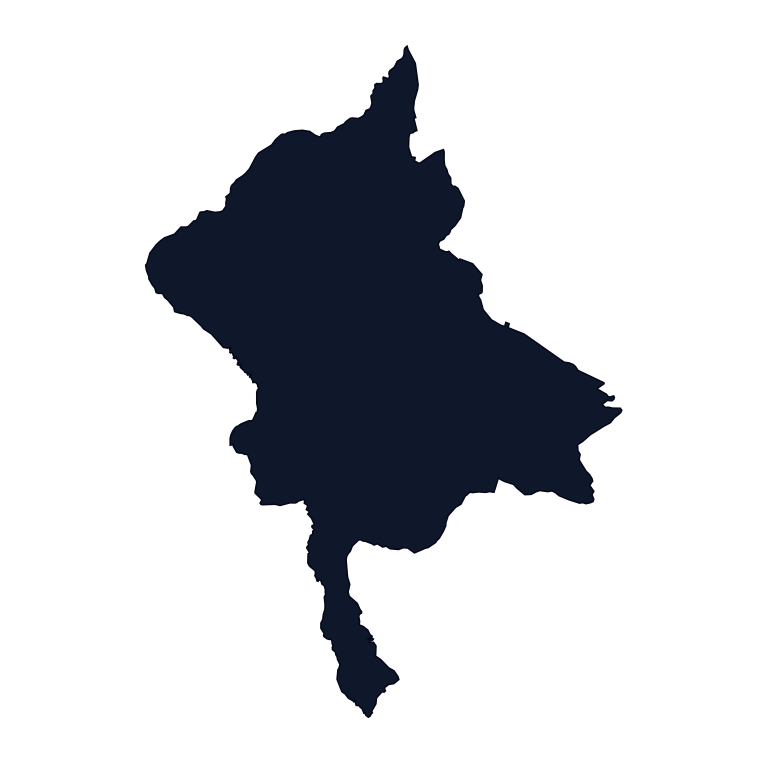 outline of Moreni, Dâmbovita, Romania, rotated 238°
{"feature_id": "2599482B38559209444692", "entity_name": "Moreni", "entity_type": "district", "adm_level": 2, "iso_a3": "ROU", "parent_name": "Romania", "parent_adm1": "Dâmbovita", "projection": "robinson", "projection_center": [25.624, 44.986], "detail": "fine", "context": "isolated", "style": "filled", "palette": "ink", "viewbox_px": 768, "rotation_deg": 238, "n_neighbors": 0, "source": "geoboundaries", "source_scale": "gbopen_adm2", "svg_char_len": 6171}
<svg xmlns="http://www.w3.org/2000/svg" viewBox="0 0 768 768"><g transform="rotate(238 384 384)"><path d="M658.3,582.6L658.0,580.2L656.8,578.4L652.9,575.6L651.2,573.6L650.5,571.6L650.7,566.2L647.2,560.7L646.7,555.3L646.0,553.8L644.6,552.6L642.2,551.8L640.7,550.2L641.0,549.2L644.6,546.2L644.1,545.3L641.1,544.0L639.9,542.4L640.2,540.8L642.8,536.8L642.6,534.8L639.6,533.1L638.5,530.2L635.7,528.5L635.5,526.2L635.0,525.4L628.6,522.7L626.1,520.0L624.8,517.7L625.5,513.8L622.8,509.7L622.4,507.5L622.7,503.0L626.3,498.2L627.2,496.2L626.7,490.6L625.8,488.1L626.5,480.7L624.9,477.0L624.7,475.0L625.5,471.8L628.1,466.8L628.7,464.6L628.5,462.8L627.5,461.4L627.5,460.4L631.3,457.5L637.6,454.8L642.5,449.1L646.1,442.2L648.2,435.6L648.2,432.4L649.7,430.4L649.9,428.4L648.7,421.6L646.2,415.3L646.3,400.0L644.5,395.6L637.8,384.0L636.0,378.2L635.4,374.2L635.3,366.8L634.1,364.5L633.1,360.0L631.5,357.8L627.7,355.2L627.0,354.0L626.6,349.2L623.8,348.2L621.5,345.9L618.6,344.3L616.3,339.0L616.8,336.3L619.2,331.5L624.9,325.5L625.3,322.7L626.8,320.1L627.0,318.8L622.4,312.1L622.3,311.1L623.1,308.9L621.3,301.5L622.0,299.2L624.7,295.0L622.1,285.8L624.3,275.2L623.9,270.0L622.8,264.6L619.1,254.9L611.7,246.7L611.1,244.8L606.0,242.7L599.8,241.5L597.7,240.3L590.9,240.0L586.7,240.5L582.4,239.2L580.6,240.4L578.2,244.1L573.6,243.8L569.9,245.1L560.6,246.4L556.3,244.8L551.8,248.8L549.7,251.4L546.2,253.8L545.2,255.3L542.6,256.6L530.1,259.8L526.4,260.2L518.1,264.1L500.1,267.2L497.2,270.5L496.7,272.9L495.9,273.1L495.4,271.4L493.6,271.1L492.5,270.0L491.6,270.3L491.1,271.7L490.4,272.1L488.4,271.3L486.2,271.4L486.4,270.4L485.6,270.0L484.8,270.6L484.7,272.8L483.7,272.4L480.9,272.7L478.2,269.9L477.3,270.3L476.0,272.6L475.3,271.5L474.1,271.0L469.6,272.3L467.7,272.2L466.2,273.5L464.0,273.1L463.6,273.9L464.0,274.8L463.2,276.2L462.2,276.1L461.8,275.6L462.3,274.4L461.1,273.7L460.1,274.6L456.6,274.4L454.7,273.6L453.5,275.9L450.6,276.5L448.8,275.6L447.0,275.7L445.6,272.9L444.3,271.6L435.0,265.8L430.1,263.9L427.2,261.6L427.6,260.5L422.9,253.6L423.1,251.9L424.5,249.9L425.9,241.6L425.7,237.4L426.1,236.3L425.7,234.2L424.2,230.6L421.9,227.2L419.3,224.6L413.6,221.1L412.7,224.0L411.2,223.2L404.2,222.9L402.5,224.2L400.4,227.1L398.2,228.5L396.5,230.9L385.3,228.6L380.3,224.6L378.0,224.1L376.8,224.6L369.8,224.7L368.2,224.1L360.9,217.5L359.7,216.9L351.1,219.0L350.1,218.5L348.6,215.8L347.4,215.8L346.2,216.6L339.7,227.9L336.1,231.4L333.0,241.3L330.0,246.0L329.8,247.7L330.1,249.3L328.7,254.9L326.6,254.5L325.0,253.2L322.3,254.7L320.6,254.2L318.6,251.5L315.5,253.1L314.9,252.7L314.1,250.4L308.7,251.4L302.0,250.5L301.5,249.9L302.1,248.1L301.6,247.4L300.4,247.0L297.3,247.7L297.0,245.7L294.5,244.0L294.5,241.3L291.6,238.3L289.9,235.5L287.4,234.7L286.6,232.2L285.8,231.6L280.9,231.5L280.3,231.0L280.2,229.6L272.5,224.5L269.1,224.3L262.1,226.6L259.7,225.5L258.0,223.7L255.6,223.8L252.4,222.8L251.6,223.6L253.1,224.8L250.3,226.3L247.4,225.3L244.4,226.4L240.2,225.1L239.0,224.0L236.6,223.0L234.9,220.4L228.1,217.1L224.0,214.3L221.1,210.8L216.7,207.2L214.7,203.8L210.2,201.0L204.2,201.0L203.1,199.7L201.7,199.2L198.2,200.6L196.2,202.4L195.9,203.6L194.0,203.8L191.1,202.4L189.1,202.1L188.0,200.5L185.9,199.5L182.6,200.7L179.4,199.6L177.5,199.7L175.4,198.7L169.4,198.0L166.5,194.7L166.1,193.5L158.5,187.7L146.4,185.4L144.7,185.4L142.2,186.7L136.3,187.3L132.0,189.7L130.4,190.0L130.1,190.6L130.4,191.1L131.2,191.0L131.5,191.4L131.1,191.6L126.2,190.1L124.1,192.6L122.1,192.5L120.7,193.4L115.4,192.5L114.9,193.4L112.4,193.1L109.7,194.1L109.7,196.1L111.1,198.6L111.3,199.9L113.1,200.3L117.0,207.6L121.7,211.2L124.0,219.2L122.6,220.9L123.0,222.6L125.1,222.9L126.3,224.1L126.7,228.8L124.7,233.5L125.5,240.0L128.6,240.8L135.5,240.5L140.8,237.6L152.0,235.2L157.7,232.7L166.1,238.4L170.7,238.2L172.0,234.9L172.8,234.8L173.2,235.7L172.9,238.9L173.3,239.9L174.8,239.0L175.9,234.4L176.5,237.2L175.9,239.9L176.4,240.3L179.0,239.3L183.8,239.9L189.3,237.9L192.3,235.7L193.3,235.7L195.6,237.5L200.6,239.6L201.7,241.3L201.6,243.5L202.6,244.3L206.1,244.2L212.0,245.1L222.5,242.0L226.7,243.4L232.2,248.8L239.4,250.7L254.8,258.6L257.5,260.9L259.2,264.0L260.1,266.9L263.4,271.3L265.2,279.8L264.3,281.6L261.9,283.0L260.7,284.7L255.1,289.0L252.7,290.2L252.0,293.7L246.4,296.5L245.3,299.9L241.1,301.8L235.9,308.7L234.9,313.6L232.3,317.2L224.6,320.3L222.9,331.6L221.9,335.0L222.2,343.8L223.1,345.4L223.9,349.1L227.7,356.4L231.0,361.2L233.6,363.0L238.3,368.6L241.5,379.5L241.3,385.7L246.0,393.7L246.0,396.0L246.7,398.2L246.3,400.1L245.0,401.5L242.5,406.8L238.1,413.0L236.8,416.5L233.9,419.9L243.5,431.0L237.6,434.4L230.3,440.6L225.2,441.6L215.5,444.8L212.4,450.3L212.0,456.1L211.1,459.7L205.9,465.9L204.4,469.7L201.4,471.6L196.5,473.3L187.8,479.5L179.3,486.7L178.1,489.6L175.5,491.8L174.0,495.9L173.5,499.1L175.2,500.9L179.9,501.7L181.8,505.1L189.0,504.7L191.1,509.5L193.6,510.3L198.5,510.3L202.9,509.2L215.4,509.2L217.4,510.2L220.2,513.0L224.6,513.1L229.9,516.0L230.0,521.9L231.7,532.2L231.7,548.0L231.2,555.4L233.3,561.4L234.2,569.3L235.6,571.7L238.2,571.6L242.5,565.0L245.6,561.8L246.8,559.3L251.0,558.2L251.8,564.5L248.8,568.6L249.3,570.9L250.5,572.3L252.2,572.5L253.2,568.8L254.4,567.5L257.5,567.2L266.0,562.6L267.2,562.7L267.6,570.8L268.5,571.2L292.8,555.7L297.5,555.6L300.3,554.8L303.7,552.3L307.1,548.3L352.1,529.3L366.0,519.1L368.8,522.1L371.7,520.0L368.8,516.8L372.1,514.1L381.5,509.1L394.5,507.5L403.9,510.4L408.4,510.6L410.0,511.7L409.6,515.1L410.0,515.9L415.3,519.4L421.0,520.8L424.9,525.1L439.0,522.9L449.8,514.6L449.2,513.2L458.6,510.1L462.2,509.4L462.3,508.2L463.6,506.1L468.8,502.6L474.0,504.2L474.9,505.6L475.6,507.1L475.2,511.4L477.0,515.5L476.8,518.3L477.8,520.3L479.6,522.4L480.7,528.1L484.4,537.0L491.4,543.8L492.7,545.9L496.7,549.1L510.8,550.4L514.1,548.9L515.2,547.1L518.1,546.7L523.4,549.7L528.3,549.6L532.5,550.9L537.1,551.2L542.4,553.8L549.1,558.1L551.3,558.6L553.2,550.1L552.3,531.7L553.1,530.3L557.1,528.1L559.5,530.5L562.1,527.7L571.8,530.3L580.1,535.9L582.6,538.5L582.6,539.6L581.7,541.8L582.0,543.7L581.5,546.2L594.0,550.3L593.4,550.9L593.1,552.1L600.3,554.2L602.4,555.3L608.3,560.0L615.9,568.5L619.6,571.5L639.4,580.5L654.6,581.6L658.3,582.6Z" fill="#0f172a" stroke="#020617" stroke-width="1.5"/></g></svg>